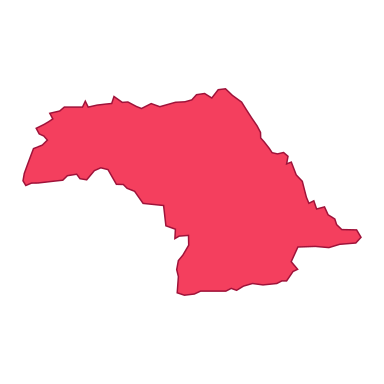 Herveiras, Rio Grande do Sul, Brazil
{"feature_id": "56859067B41615897262901", "entity_name": "Herveiras", "entity_type": "district", "adm_level": 2, "iso_a3": "BRA", "parent_name": "Brazil", "parent_adm1": "Rio Grande do Sul", "projection": "orthographic", "projection_center": [-52.676, -29.446], "detail": "fine", "context": "isolated", "style": "filled", "palette": "rose", "viewbox_px": 384, "rotation_deg": 0, "n_neighbors": 0, "source": "geoboundaries", "source_scale": "gbopen_adm2", "svg_char_len": 1509}
<svg xmlns="http://www.w3.org/2000/svg" viewBox="0 0 384 384"><path d="M177.2,292.8L184.4,295.2L194.4,294.0L200.6,291.1L210.9,291.1L225.9,291.1L231.2,288.4L236.6,290.3L243.5,286.1L252.5,283.5L263.0,284.9L276.8,283.5L281.9,280.9L286.6,280.9L293.0,271.5L297.6,269.3L291.2,261.7L297.9,247.0L315.3,246.4L328.9,247.6L339.7,244.3L355.8,243.0L361.0,237.3L356.6,229.9L341.8,229.6L336.6,224.6L334.8,219.0L328.1,214.8L324.5,206.9L316.6,209.0L313.8,200.8L308.9,203.3L306.4,197.3L304.6,190.4L302.3,181.3L296.2,174.9L291.3,162.1L286.6,163.9L288.0,156.3L283.6,152.5L277.5,153.9L272.1,152.7L269.2,148.3L264.1,141.8L260.7,138.0L260.5,132.4L257.1,125.9L251.7,118.0L246.4,109.8L241.6,102.1L232.4,95.4L225.5,88.8L218.2,89.7L211.8,98.0L204.6,93.5L196.5,94.7L191.8,99.9L184.9,101.8L175.4,102.3L159.8,106.7L151.2,103.6L141.5,108.5L136.4,106.5L127.9,102.0L122.3,102.4L114.0,96.5L111.7,103.5L105.6,104.1L97.1,105.1L88.2,107.1L85.3,101.2L82.5,107.1L72.0,107.1L64.3,107.1L59.7,111.0L49.8,113.3L52.8,118.9L48.5,121.8L44.1,124.4L36.2,128.3L39.2,133.9L43.8,136.0L47.4,140.1L42.3,145.1L33.5,148.6L31.0,155.2L27.1,165.7L24.3,173.4L23.0,180.8L25.8,185.5L31.5,183.1L37.9,183.0L54.4,181.1L62.8,180.2L67.4,175.7L76.7,174.2L80.0,178.7L86.7,179.8L94.4,170.6L100.8,167.8L108.0,169.6L116.4,184.3L123.3,184.5L127.1,188.3L134.6,191.3L143.1,203.4L163.6,205.5L165.9,225.8L175.4,229.2L174.9,238.6L179.2,236.1L188.5,235.4L188.7,245.2L182.9,255.1L178.4,260.5L176.7,269.6L178.4,276.6L177.2,292.8Z" fill="#f43f5e" stroke="#9f1239" stroke-width="1.5"/></svg>